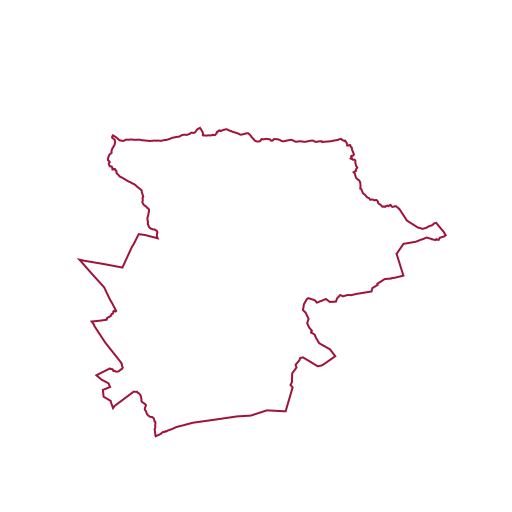 outline of Chimanimani, Manicaland, Zimbabwe, rotated 73°
{"feature_id": "62879985B88663690016764", "entity_name": "Chimanimani", "entity_type": "district", "adm_level": 2, "iso_a3": "ZWE", "parent_name": "Zimbabwe", "parent_adm1": "Manicaland", "projection": "robinson", "projection_center": [32.597, -19.741], "detail": "fine", "context": "isolated", "style": "outline", "palette": "rose", "viewbox_px": 512, "rotation_deg": 73, "n_neighbors": 0, "source": "geoboundaries", "source_scale": "gbopen_adm2", "svg_char_len": 6135}
<svg xmlns="http://www.w3.org/2000/svg" viewBox="0 0 512 512"><g transform="rotate(73 256 256)"><path d="M98.8,357.5L99.4,358.3L99.9,358.7L100.7,359.0L103.5,357.2L105.6,357.3L106.7,358.0L107.7,358.4L108.9,359.2L109.4,360.1L110.3,360.8L111.2,362.0L113.4,363.5L114.7,363.8L115.2,364.0L115.7,365.4L116.1,366.3L117.0,367.3L118.4,368.3L119.3,368.9L121.1,369.5L121.5,369.4L122.2,368.8L123.5,368.4L124.3,369.7L126.0,369.8L126.5,369.7L127.2,369.7L127.6,369.5L127.8,369.2L127.9,368.4L128.6,367.7L129.4,367.6L130.9,368.0L131.3,368.0L131.5,367.4L131.3,366.6L131.3,366.0L131.6,365.5L132.0,365.2L132.4,365.2L132.9,365.4L134.0,364.6L134.7,364.7L135.4,365.1L135.9,365.1L138.6,363.7L140.3,363.0L141.6,361.4L147.4,356.2L148.7,354.5L150.1,353.4L151.8,351.4L153.5,350.2L154.6,349.7L159.6,346.2L162.0,346.6L163.4,346.5L166.4,346.5L167.2,347.5L167.8,347.7L169.3,347.8L171.1,348.9L171.9,348.9L174.2,348.4L175.2,347.8L176.2,346.8L178.3,345.9L179.2,345.0L180.6,344.8L182.3,345.4L183.5,346.2L184.9,346.8L188.0,348.8L190.4,349.3L192.1,349.3L193.6,350.1L197.0,349.8L197.6,349.6L199.0,348.5L199.6,347.8L200.4,346.8L200.8,345.5L201.4,344.8L201.9,344.6L202.8,343.6L203.1,343.4L204.6,343.4L205.4,344.0L208.3,345.1L210.3,344.9L203.3,356.3L200.8,361.8L208.4,369.0L211.1,372.1L228.0,387.1L219.8,402.7L210.8,420.7L207.9,425.9L224.5,418.4L241.5,410.4L254.7,408.4L259.0,407.4L267.7,405.8L268.0,406.6L267.0,407.5L267.0,408.0L267.2,408.5L267.6,408.9L268.4,409.0L269.2,409.7L269.3,411.1L271.0,412.6L271.1,413.9L271.5,414.4L271.5,415.7L271.6,416.2L272.2,417.0L273.1,417.2L273.3,417.4L272.2,424.3L270.6,432.3L274.7,430.9L275.5,431.1L294.7,425.5L319.2,415.9L319.6,416.2L320.7,416.0L322.0,416.3L323.5,416.0L324.3,416.6L324.8,417.7L325.0,417.7L325.0,418.3L325.8,420.2L326.1,421.0L326.1,422.0L325.8,423.3L325.6,423.8L324.5,424.9L324.4,425.9L323.8,426.1L322.6,426.2L322.3,426.4L321.9,427.1L321.8,427.8L320.8,428.6L323.4,443.5L328.9,440.0L334.6,434.3L338.6,433.8L339.3,441.6L346.0,442.9L352.2,437.3L353.3,437.5L359.7,437.2L358.1,435.2L350.0,412.8L351.1,409.4L352.2,409.1L353.1,408.2L353.8,407.7L355.5,407.2L357.2,407.1L358.6,407.3L361.7,408.0L363.0,407.1L365.1,405.4L366.5,404.8L368.8,406.6L370.0,407.2L370.7,407.2L372.2,406.6L375.0,406.5L376.7,405.9L377.9,405.1L378.9,404.1L379.7,402.3L380.9,401.5L381.6,401.2L383.7,401.2L384.6,401.4L385.2,400.8L387.0,401.2L388.2,401.9L390.3,402.3L392.3,403.7L393.6,403.8L394.9,404.1L395.7,404.2L398.6,404.7L399.1,404.6L398.6,401.5L398.5,400.2L398.2,398.9L397.8,398.4L397.1,396.2L397.1,395.9L397.6,395.3L397.6,395.1L397.0,393.8L397.5,393.2L397.6,392.8L397.1,391.5L396.9,386.4L396.3,382.4L397.0,365.0L400.6,342.5L403.8,321.3L407.1,307.7L406.8,290.7L413.2,273.1L392.4,259.4L389.4,260.7L387.1,258.5L378.8,255.7L374.5,249.9L371.6,249.9L368.4,245.0L366.5,243.5L366.7,240.7L379.5,229.2L379.9,225.0L379.0,221.7L375.0,209.5L366.9,212.5L357.9,221.1L351.6,222.6L348.6,222.8L346.6,224.3L345.5,225.6L345.2,225.8L344.2,225.1L343.9,224.4L339.9,226.1L335.1,226.7L331.6,224.1L324.7,225.1L321.5,226.9L316.0,224.2L315.9,224.0L312.1,220.0L311.6,218.5L311.6,218.3L315.5,212.7L318.4,211.4L317.6,201.6L321.5,198.9L323.0,193.0L320.0,190.6L318.0,186.9L320.0,184.5L320.1,179.6L321.3,176.5L321.6,171.2L323.7,155.9L320.7,154.1L319.2,148.1L318.0,148.1L315.7,139.6L317.1,133.1L316.8,132.4L317.0,132.0L317.4,128.9L317.9,120.8L294.9,120.9L294.9,120.7L287.5,111.4L289.1,99.1L288.6,93.2L288.7,91.8L288.2,87.4L291.0,83.2L291.4,83.0L291.4,82.8L293.3,79.6L292.6,78.6L293.2,78.1L294.0,76.6L292.3,74.9L292.3,70.4L291.6,68.5L290.8,68.8L287.9,69.4L276.9,74.1L277.0,76.6L277.7,77.6L278.1,79.0L278.2,82.7L278.8,84.3L278.8,87.9L278.6,89.2L277.3,90.7L276.3,92.7L266.3,101.3L252.8,105.2L252.8,105.4L252.4,105.7L251.4,106.1L250.1,107.2L249.4,107.5L249.0,108.5L249.1,110.3L248.9,111.2L248.2,111.9L246.8,112.2L246.4,112.6L246.5,113.4L247.0,114.4L247.1,114.8L246.2,115.6L246.3,117.3L246.8,117.9L246.8,118.2L245.9,119.3L246.1,119.9L245.9,120.5L245.5,121.0L243.8,121.7L241.5,123.5L240.4,123.8L239.7,123.5L239.2,123.6L238.5,123.9L237.6,124.6L237.3,126.7L236.4,127.5L235.8,128.8L235.7,130.2L233.8,131.0L232.2,132.7L229.1,134.0L227.4,135.3L222.7,135.8L222.1,136.6L219.7,135.6L216.6,134.9L214.1,135.1L212.5,136.4L210.3,137.5L204.9,137.4L204.7,138.1L204.4,138.2L204.0,136.7L204.3,136.7L203.9,136.5L204.0,135.8L202.3,134.9L201.0,133.3L199.2,133.9L195.7,133.7L193.7,133.1L192.6,133.7L192.4,135.0L191.3,135.7L190.9,136.6L190.5,137.0L189.8,135.8L188.8,136.0L188.1,135.5L188.4,134.2L188.2,133.4L187.3,132.6L182.2,133.1L180.4,132.7L179.2,133.5L177.4,133.5L177.3,135.6L176.9,136.5L176.4,136.2L174.1,136.3L171.7,137.1L171.9,137.7L170.3,139.6L169.0,140.3L168.7,142.1L168.9,143.1L168.1,151.1L166.3,159.4L165.7,159.4L165.5,160.1L165.2,160.3L164.8,162.2L164.5,164.9L164.3,165.8L162.8,167.1L162.0,168.5L161.7,170.2L161.2,175.6L160.6,177.1L159.2,180.1L158.4,184.6L155.8,187.4L155.2,188.4L155.0,189.0L154.3,196.6L153.7,197.7L152.2,199.1L150.8,200.9L150.1,202.7L149.5,204.7L150.5,206.6L150.4,207.1L150.2,207.7L149.8,208.0L148.8,208.5L148.4,208.8L147.0,211.7L146.6,215.0L145.8,216.4L145.9,216.8L146.8,217.6L147.4,218.6L147.2,220.2L146.9,221.4L146.2,222.5L145.5,223.2L140.8,225.5L139.3,225.9L137.7,226.7L136.4,227.5L135.9,229.0L135.9,231.7L135.6,234.9L135.5,235.2L134.7,236.3L133.5,237.4L132.7,238.6L130.0,242.6L129.1,243.4L128.4,244.7L127.0,246.0L126.1,247.2L125.9,250.1L126.2,253.5L125.8,253.8L125.2,254.0L125.1,254.5L125.3,255.2L125.9,255.9L126.0,256.3L125.8,256.7L126.0,257.1L127.2,257.9L128.4,259.9L128.3,260.4L127.5,261.8L127.6,263.0L127.3,264.7L126.7,266.1L126.3,268.4L125.6,270.0L125.3,271.3L124.7,271.6L123.5,270.9L122.2,270.8L118.5,271.6L117.4,272.2L117.1,272.2L117.6,274.8L118.4,276.2L119.5,277.5L120.1,278.6L120.0,279.9L119.2,281.5L119.3,282.3L119.8,283.8L120.0,286.6L119.0,289.2L118.7,291.4L119.4,294.7L118.9,297.1L118.5,301.4L118.8,304.8L118.8,307.9L118.5,308.9L118.0,313.5L117.1,315.5L116.5,318.0L115.9,319.3L115.6,321.3L115.4,321.7L114.9,324.4L114.9,324.0L111.6,332.0L110.6,333.4L110.3,335.2L109.9,336.1L109.3,338.4L108.9,339.5L108.5,340.0L107.9,342.0L107.7,343.3L106.7,346.5L107.1,348.4L107.1,349.7L106.1,351.3L105.5,352.7L101.8,354.9L98.8,357.5Z" fill="none" stroke="#9f1239" stroke-width="2"/></g></svg>